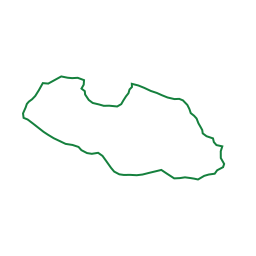 Marituba, Pará, Brazil, rotated 112°
{"feature_id": "56859067B82724745768816", "entity_name": "Marituba", "entity_type": "district", "adm_level": 2, "iso_a3": "BRA", "parent_name": "Brazil", "parent_adm1": "Pará", "projection": "equal_earth", "projection_center": [-48.323, -1.397], "detail": "fine", "context": "isolated", "style": "outline", "palette": "green", "viewbox_px": 256, "rotation_deg": 112, "n_neighbors": 0, "source": "geoboundaries", "source_scale": "gbopen_adm2", "svg_char_len": 1238}
<svg xmlns="http://www.w3.org/2000/svg" viewBox="0 0 256 256"><g transform="rotate(112 128 128)"><path d="M157.7,228.6L157.7,224.3L159.3,218.4L163.2,204.8L164.2,199.8L165.3,193.0L166.1,179.9L164.5,173.1L164.1,166.8L166.0,162.9L166.6,156.6L165.5,151.9L162.2,146.4L163.4,141.2L166.3,136.6L171.3,128.8L173.6,124.5L174.2,118.7L173.1,114.3L170.7,108.6L168.5,102.2L165.7,97.1L161.9,91.9L154.4,81.4L155.8,74.6L157.4,66.3L155.1,61.3L152.4,56.7L151.1,51.7L150.2,47.8L149.5,43.8L143.8,39.4L140.9,35.7L137.9,30.5L133.8,29.5L128.7,25.2L125.3,25.4L121.1,30.7L114.8,33.3L109.7,33.7L110.7,39.6L108.9,43.1L105.8,45.3L106.2,52.1L105.0,56.7L102.1,58.4L99.8,61.2L97.3,64.4L93.5,68.0L91.9,71.3L90.7,75.4L87.5,78.1L84.4,81.6L81.8,87.4L81.8,91.4L83.8,95.8L84.9,102.8L84.9,108.9L84.7,114.3L85.1,120.7L84.7,128.0L84.7,134.4L85.6,141.0L88.5,139.7L91.7,141.0L95.6,140.6L99.3,141.7L104.0,142.6L108.4,143.2L112.1,146.1L114.4,153.9L116.5,158.7L117.0,163.5L118.0,170.1L116.7,174.9L113.0,180.3L110.0,181.9L108.9,185.9L104.4,185.3L100.1,186.7L100.3,193.4L102.7,198.5L104.0,202.8L105.2,209.2L116.7,218.6L118.3,223.8L126.3,224.8L133.1,226.0L137.3,227.7L140.7,229.8L143.6,230.8L147.2,230.6L153.8,230.8L157.7,228.6Z" fill="none" stroke="#15803d" stroke-width="2"/></g></svg>